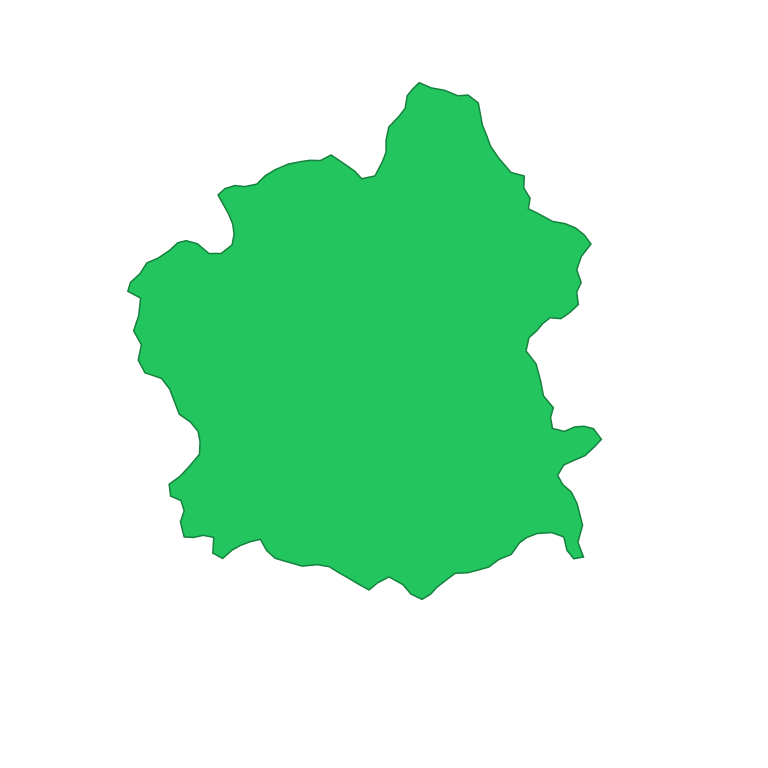 the district of Senhora de Oliveira, Minas Gerais, Brazil, rotated 331°
{"feature_id": "56859067B26008984255683", "entity_name": "Senhora de Oliveira", "entity_type": "district", "adm_level": 2, "iso_a3": "BRA", "parent_name": "Brazil", "parent_adm1": "Minas Gerais", "projection": "natural_earth1", "projection_center": [-43.346, -20.808], "detail": "fine", "context": "isolated", "style": "filled", "palette": "green", "viewbox_px": 768, "rotation_deg": 331, "n_neighbors": 0, "source": "geoboundaries", "source_scale": "gbopen_adm2", "svg_char_len": 2067}
<svg xmlns="http://www.w3.org/2000/svg" viewBox="0 0 768 768"><g transform="rotate(331 384 384)"><path d="M632.9,361.9L631.4,350.8L627.2,340.4L620.1,331.5L610.2,323.5L601.4,309.6L595.2,300.7L601.8,292.4L601.3,280.3L607.5,270.1L597.6,260.5L593.8,241.7L592.5,227.8L594.3,216.1L595.6,205.0L598.9,195.4L602.7,183.9L597.6,172.0L588.3,167.7L579.3,156.4L568.6,147.7L560.9,137.5L552.1,139.9L544.1,143.1L536.2,153.1L527.2,157.0L512.8,161.6L503.8,172.0L498.2,182.2L490.5,188.7L477.0,197.6L464.0,193.7L461.6,183.7L455.9,172.0L448.8,158.1L436.6,157.7L427.8,152.5L419.2,149.2L407.1,145.3L393.0,143.8L381.3,144.2L369.6,147.5L357.9,143.8L349.9,138.2L339.7,136.0L330.5,138.2L330.5,159.9L329.2,170.9L325.4,180.5L318.5,188.7L304.9,190.9L294.1,185.0L288.8,170.9L280.4,162.7L272.0,160.5L261.6,163.1L247.7,164.4L235.3,163.1L224.1,169.2L211.5,172.2L204.9,178.7L212.8,190.9L202.5,205.4L190.8,216.1L190.8,232.1L180.6,244.0L180.4,258.4L192.1,271.2L194.1,284.6L192.1,298.5L190.3,311.3L196.3,323.5L198.4,335.4L195.1,345.4L188.5,356.0L172.6,362.1L160.9,365.8L147.5,367.5L143.0,378.6L149.9,387.5L147.7,398.1L139.1,405.9L135.1,420.9L143.0,425.9L152.5,428.7L160.7,435.6L152.3,448.9L158.3,458.4L170.6,455.6L180.6,455.6L190.3,457.1L200.6,459.9L200.6,472.7L204.4,483.8L213.4,492.9L224.1,503.6L237.9,509.6L247.5,517.2L252.8,526.8L258.3,535.7L264.4,546.3L271.1,556.9L281.9,554.8L294.9,555.2L303.3,568.7L305.7,580.8L312.8,590.8L323.0,590.4L331.4,587.5L341.9,585.8L354.5,584.1L365.8,589.7L376.6,592.5L387.0,594.9L399.1,593.2L412.8,594.7L425.4,588.6L434.4,587.5L445.5,589.0L458.7,595.3L467.1,604.9L463.4,618.1L465.2,628.8L474.6,632.0L476.9,616.4L489.2,603.8L494.9,582.1L495.4,569.1L491.6,558.7L491.6,548.0L502.0,542.0L512.6,542.8L525.2,544.1L538.5,540.7L547.3,537.8L545.5,524.6L538.4,517.9L530.0,514.0L518.8,512.9L509.8,504.6L513.5,494.0L520.6,486.8L517.7,471.7L522.5,457.1L526.7,440.4L524.3,423.9L533.3,413.7L543.1,411.6L552.1,408.1L561.4,406.6L570.4,412.6L580.8,411.6L592.5,408.7L597.1,397.0L605.6,390.9L608.0,377.5L618.3,368.2L632.9,361.9Z" fill="#22c55e" stroke="#15803d" stroke-width="1.5"/></g></svg>